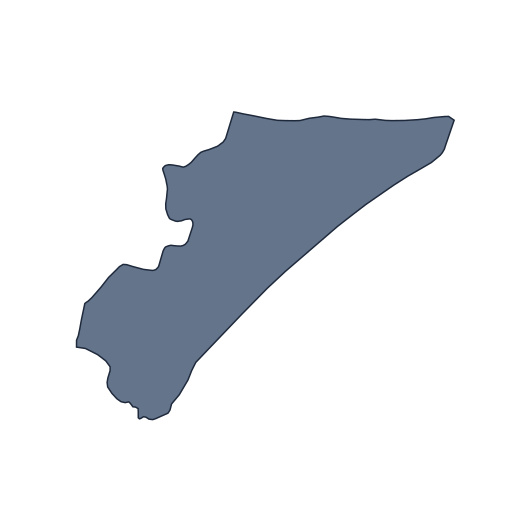 Sam Son, Thanh Hóa, Vietnam, rotated 17°
{"feature_id": "81297802B12977108616150", "entity_name": "Sam Son", "entity_type": "district", "adm_level": 2, "iso_a3": "VNM", "parent_name": "Vietnam", "parent_adm1": "Thanh Hóa", "projection": "albers", "projection_center": [105.897, 19.753], "detail": "fine", "context": "isolated", "style": "filled", "palette": "slate", "viewbox_px": 512, "rotation_deg": 17, "n_neighbors": 0, "source": "geoboundaries", "source_scale": "gbopen_adm2", "svg_char_len": 2168}
<svg xmlns="http://www.w3.org/2000/svg" viewBox="0 0 512 512"><g transform="rotate(17 256 256)"><path d="M192.6,124.8L192.6,152.4L191.3,156.6L187.1,162.3L180.0,167.9L175.2,171.1L172.9,173.0L170.9,176.2L169.0,180.2L166.7,185.4L165.0,187.9L162.7,190.7L160.4,192.3L156.0,192.5L149.3,193.4L145.9,194.2L144.5,195.0L142.8,196.1L141.6,198.2L141.2,199.5L142.0,201.3L144.0,204.1L147.2,208.8L148.9,212.0L150.4,214.7L151.7,217.7L153.6,227.2L154.4,232.5L156.0,237.3L159.4,242.3L162.0,245.1L163.1,245.7L164.4,245.9L166.2,246.0L168.7,246.2L170.8,245.9L172.8,244.9L174.2,244.3L175.7,243.2L177.3,241.9L179.9,240.7L181.6,239.9L182.6,239.9L183.6,240.1L184.8,241.1L185.8,242.4L186.3,243.8L186.6,244.6L186.8,247.5L186.7,251.9L186.6,257.1L186.5,261.7L185.0,265.4L183.3,267.2L181.2,268.5L177.9,269.4L174.6,270.1L171.5,270.6L169.1,272.0L166.8,273.9L166.2,275.4L165.7,278.3L165.8,286.2L165.9,291.6L165.9,291.8L165.9,294.6L165.4,295.9L164.3,298.1L162.8,299.3L161.2,300.1L152.3,301.7L141.6,302.1L134.8,302.1L131.4,302.9L128.5,306.1L126.1,310.8L125.8,311.3L121.3,319.6L117.0,330.8L116.8,331.3L111.2,343.8L108.5,348.5L107.5,349.6L106.2,351.5L107.7,368.2L108.8,377.4L109.4,384.2L109.0,389.0L111.0,395.6L119.9,394.3L133.3,396.6L143.0,400.2L148.9,404.6L150.0,408.4L150.0,415.9L150.6,420.5L152.5,424.7L158.4,429.5L164.7,433.2L169.5,434.8L173.7,434.5L177.0,432.7L179.0,433.7L182.3,436.2L185.0,435.7L187.9,436.4L189.0,439.6L190.7,445.1L192.1,445.8L193.2,445.1L195.4,442.6L197.9,442.3L201.3,443.3L205.0,442.7L207.7,440.8L217.8,432.0L218.8,428.4L218.5,422.2L223.2,411.1L227.2,394.4L228.0,384.3L229.5,375.4L237.9,358.6L259.5,315.7L276.3,283.4L288.5,262.3L325.3,203.9L336.5,187.9L346.0,174.6L366.8,148.2L377.9,135.2L388.1,124.3L396.4,115.3L402.7,105.8L404.0,102.6L404.9,98.6L404.9,95.9L405.8,68.2L399.4,66.2L399.1,66.3L395.8,67.4L385.2,71.7L378.0,75.3L370.4,78.5L358.6,82.9L346.4,86.8L340.1,88.5L330.1,90.3L324.4,92.5L318.8,94.1L314.0,95.4L306.7,97.4L297.2,99.5L290.1,100.4L284.8,101.2L280.0,102.3L274.9,105.0L267.6,108.3L266.7,108.7L258.5,113.6L253.2,115.4L245.0,117.8L236.8,120.0L225.8,121.4L212.1,122.7L202.4,123.8L194.7,124.4L192.6,124.8Z" fill="#64748b" stroke="#1e293b" stroke-width="1.5"/></g></svg>